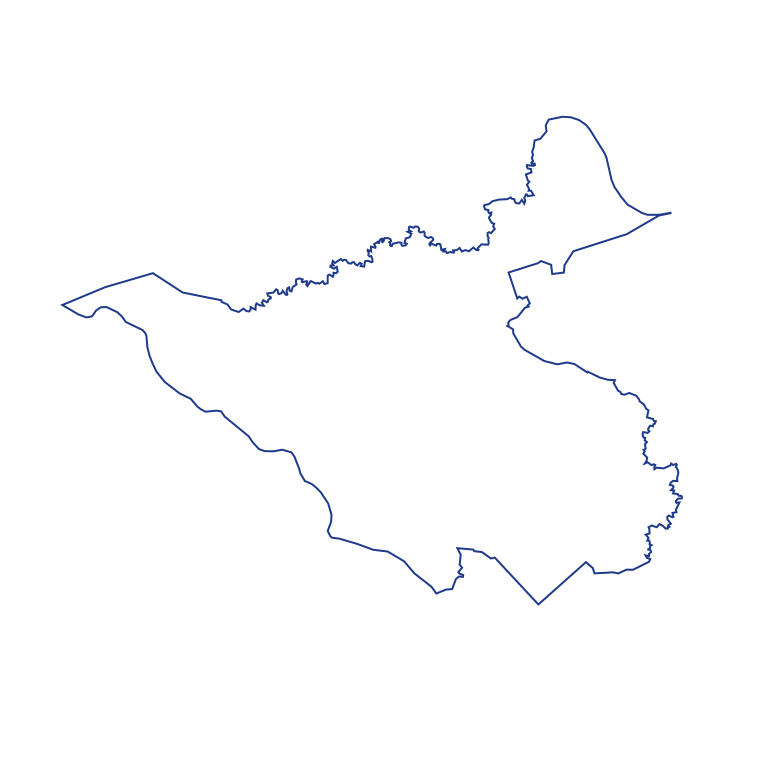 Nīgrandes pag., Saldus, Latvia, rotated 172°
{"feature_id": "27541924B79639450642691", "entity_name": "Nīgrandes pag.", "entity_type": "district", "adm_level": 2, "iso_a3": "LVA", "parent_name": "Latvia", "parent_adm1": "Saldus", "projection": "mercator", "projection_center": [22.027, 56.455], "detail": "fine", "context": "isolated", "style": "outline", "palette": "blue", "viewbox_px": 768, "rotation_deg": 172, "n_neighbors": 0, "source": "geoboundaries", "source_scale": "gbopen_adm2", "svg_char_len": 6161}
<svg xmlns="http://www.w3.org/2000/svg" viewBox="0 0 768 768"><g transform="rotate(172 384 384)"><path d="M417.9,221.4L403.7,217.6L388.8,205.7L380.3,192.3L365.2,176.6L361.3,169.2L351.4,171.8L345.1,171.4L339.9,180.9L336.5,182.9L332.7,182.0L332.2,183.8L335.7,185.8L336.6,187.4L332.2,191.1L334.2,194.5L331.8,204.2L334.2,211.2L318.6,207.6L317.9,205.9L310.5,204.0L302.4,196.3L298.5,196.7L261.8,144.2L208.8,179.5L202.9,172.7L201.9,167.2L183.3,165.6L178.3,163.8L169.7,166.4L163.3,165.4L146.2,171.1L144.7,173.6L147.8,175.2L148.9,177.9L145.5,176.7L145.3,178.7L142.8,180.6L143.4,182.9L146.1,183.4L143.6,184.2L143.2,186.4L141.5,187.2L143.3,188.4L142.8,190.0L143.1,191.9L145.1,192.2L143.5,194.8L145.8,198.4L141.9,199.0L141.4,203.7L141.9,205.3L138.6,206.6L133.8,204.2L130.7,207.0L127.5,204.6L125.1,201.5L123.1,201.4L123.0,202.4L121.5,202.8L122.4,203.6L122.2,204.7L119.4,205.7L122.2,210.4L122.0,213.0L120.2,214.1L116.8,211.8L115.8,212.2L116.3,216.2L112.2,216.3L112.4,218.9L107.9,225.6L110.9,225.6L111.4,226.6L111.1,227.7L108.6,229.6L105.1,229.2L104.6,230.3L105.1,231.8L107.9,232.5L108.4,234.1L113.0,235.4L111.6,238.2L114.5,238.9L111.8,241.1L111.8,243.0L115.0,244.3L114.0,246.1L111.3,247.9L107.0,247.0L107.0,249.5L104.9,255.1L105.1,258.3L106.5,261.5L105.3,263.2L105.7,264.2L109.1,263.6L110.7,265.3L111.8,263.5L118.8,261.5L125.7,263.2L128.0,262.0L127.9,264.2L126.6,266.0L127.9,266.9L130.5,266.5L133.9,269.8L136.7,269.0L134.7,271.4L133.6,274.5L136.9,278.9L135.2,281.0L136.2,282.5L133.9,283.5L134.0,288.1L131.7,289.9L133.6,291.8L132.9,294.4L134.6,295.0L134.9,298.3L134.1,300.3L129.6,298.9L127.8,300.3L128.6,301.3L128.7,302.8L126.3,305.7L123.6,304.7L122.8,306.7L121.5,306.9L120.0,309.3L121.7,309.8L122.6,311.9L128.2,314.4L125.8,321.1L127.9,323.0L129.5,327.7L133.3,331.3L133.6,333.3L135.9,337.4L142.5,341.0L147.2,339.9L150.4,341.0L150.9,343.0L153.2,344.9L156.4,353.1L154.8,355.7L161.6,357.0L169.7,360.5L180.4,367.8L181.1,367.1L192.5,377.2L199.7,379.8L209.7,379.4L222.0,384.4L239.8,398.1L243.1,401.9L248.9,416.0L248.6,420.2L253.8,424.3L252.4,424.9L252.4,427.6L249.9,429.8L242.5,431.7L233.8,439.9L230.1,440.5L230.9,441.7L228.4,443.6L230.5,450.5L235.0,449.2L237.9,451.7L240.1,450.1L245.1,477.1L214.7,482.2L211.4,483.9L201.9,478.8L202.1,469.5L190.4,469.3L188.6,476.7L178.0,489.1L122.7,498.6L88.2,512.6L76.5,513.3L76.5,513.7L87.2,513.2L99.2,514.8L104.8,517.5L117.8,527.7L122.9,535.9L128.4,547.1L130.3,554.7L132.2,576.9L133.6,582.2L144.8,607.4L147.9,612.5L154.2,618.3L161.8,622.1L170.0,623.8L184.1,622.9L187.9,617.5L187.9,611.6L195.0,605.1L201.0,604.2L202.8,597.6L205.0,593.2L204.6,589.9L206.2,587.2L205.4,584.0L207.3,582.7L206.9,581.6L204.1,581.2L204.1,579.7L205.8,579.2L211.9,580.9L212.3,579.8L211.7,577.4L208.6,576.5L208.5,573.0L214.3,571.8L213.2,565.3L211.9,564.1L214.8,561.4L213.6,558.5L213.3,556.4L213.9,555.3L211.6,555.0L209.5,550.1L215.5,550.0L216.1,551.8L217.0,552.0L219.2,548.9L218.6,545.9L220.0,543.1L221.9,547.2L224.8,544.0L228.0,544.7L229.1,546.4L229.2,548.9L231.6,549.6L232.6,551.1L236.3,549.9L244.6,550.6L251.3,549.9L254.9,547.6L259.6,547.2L260.3,546.2L259.6,542.9L256.4,541.7L256.8,540.2L255.9,538.3L253.9,538.8L254.5,536.6L256.8,534.4L256.8,533.4L254.9,528.6L252.6,527.4L254.0,524.9L252.7,522.1L257.0,518.5L258.9,519.7L260.3,519.2L260.9,516.1L260.1,514.4L260.6,512.9L260.6,509.3L261.6,507.5L268.1,508.7L272.3,505.5L272.6,504.6L271.7,503.7L272.1,503.3L274.0,503.9L276.5,506.7L281.6,503.6L284.6,505.3L288.5,504.4L290.2,508.2L293.2,506.5L296.8,506.7L296.2,504.9L296.7,504.3L300.1,505.5L303.5,504.9L304.2,506.6L306.3,506.8L304.9,509.2L306.7,509.1L307.1,507.6L308.6,508.7L308.7,514.2L309.4,515.0L312.0,515.3L313.2,513.8L317.6,516.5L319.1,514.8L319.7,515.9L319.3,517.0L315.1,519.9L315.5,521.7L317.1,523.1L319.7,522.4L321.7,523.5L323.2,525.3L322.7,528.1L323.4,529.5L326.5,528.9L327.9,529.7L328.4,530.7L327.5,532.8L328.5,534.9L331.2,535.7L333.0,534.6L336.6,536.4L337.4,535.8L338.1,533.1L336.2,531.5L339.2,531.3L336.0,529.0L338.1,525.7L342.1,525.2L344.1,521.0L341.9,519.7L343.5,518.2L346.7,518.3L347.4,519.7L347.1,521.4L349.7,522.2L355.8,521.7L357.0,519.6L357.9,519.5L358.7,520.5L358.3,522.6L359.0,523.7L357.1,524.4L357.4,526.3L359.3,527.8L363.3,528.4L364.6,525.3L365.7,524.7L366.2,525.4L365.6,528.0L366.5,528.2L368.0,527.2L369.4,524.2L370.1,524.4L370.3,525.7L374.3,523.9L373.3,520.9L373.6,520.1L377.8,521.9L378.3,517.1L381.4,519.1L381.7,518.1L380.8,516.4L381.6,513.7L380.6,512.3L378.8,512.4L378.2,509.6L378.3,506.7L379.6,506.3L382.6,508.3L385.7,508.2L387.3,503.0L390.6,504.0L389.4,506.2L391.1,507.3L393.9,505.1L396.2,507.1L396.5,508.6L398.3,509.0L400.0,507.8L402.5,508.6L404.3,512.0L406.3,512.6L407.9,511.7L409.4,513.8L415.7,510.7L417.5,513.0L418.5,510.9L417.4,508.5L420.4,508.8L420.8,507.4L417.4,505.2L414.5,506.6L414.2,501.6L416.1,500.4L418.5,501.2L419.1,498.0L419.7,497.3L422.9,500.0L424.6,499.3L425.8,491.7L429.0,491.2L430.2,494.3L434.0,492.3L435.4,493.4L437.4,492.9L442.3,496.2L446.2,491.7L447.2,493.1L445.9,495.6L446.1,496.6L450.7,496.2L451.2,497.3L450.0,498.9L453.3,500.4L456.5,499.6L457.1,496.7L456.8,494.7L460.8,492.8L462.8,488.6L464.5,489.4L464.5,492.9L466.2,492.3L467.6,489.5L467.2,486.1L467.7,485.7L468.8,486.0L471.3,490.4L473.1,488.1L475.6,487.7L476.2,488.7L476.2,491.6L477.6,492.8L480.7,489.9L486.9,490.0L486.6,487.5L484.1,485.9L484.1,484.7L487.0,483.5L487.6,481.6L488.6,481.2L491.8,483.8L493.6,481.4L492.1,478.2L496.1,479.2L499.0,481.5L500.0,480.0L500.9,475.5L505.4,478.7L505.7,476.3L507.4,474.6L510.1,475.4L512.7,478.2L517.9,475.5L525.2,479.2L527.8,484.4L533.5,488.0L533.3,489.5L570.6,502.6L597.4,525.9L646.5,518.7L691.5,507.0L676.9,495.4L669.6,491.4L663.7,491.6L658.9,496.8L653.8,499.4L648.0,498.8L638.2,492.3L634.1,487.3L631.1,481.4L615.6,471.0L613.3,467.6L612.6,464.6L613.2,453.1L612.2,444.4L610.4,436.9L607.6,427.9L600.9,416.6L587.7,403.1L577.5,396.3L572.0,387.7L568.9,384.5L564.6,381.4L553.6,380.9L549.1,379.6L546.3,373.9L525.3,351.1L522.0,344.3L516.8,336.9L511.3,334.1L502.6,332.7L494.0,333.1L485.2,329.2L482.7,324.3L479.7,311.4L479.3,307.3L475.9,299.0L469.3,294.9L465.2,290.4L461.6,285.4L455.9,273.5L454.2,261.8L455.5,255.0L460.2,246.3L458.2,240.5L456.6,238.9L449.9,237.1L432.6,229.3L417.9,221.4Z" fill="none" stroke="#1e3a8a" stroke-width="2"/></g></svg>